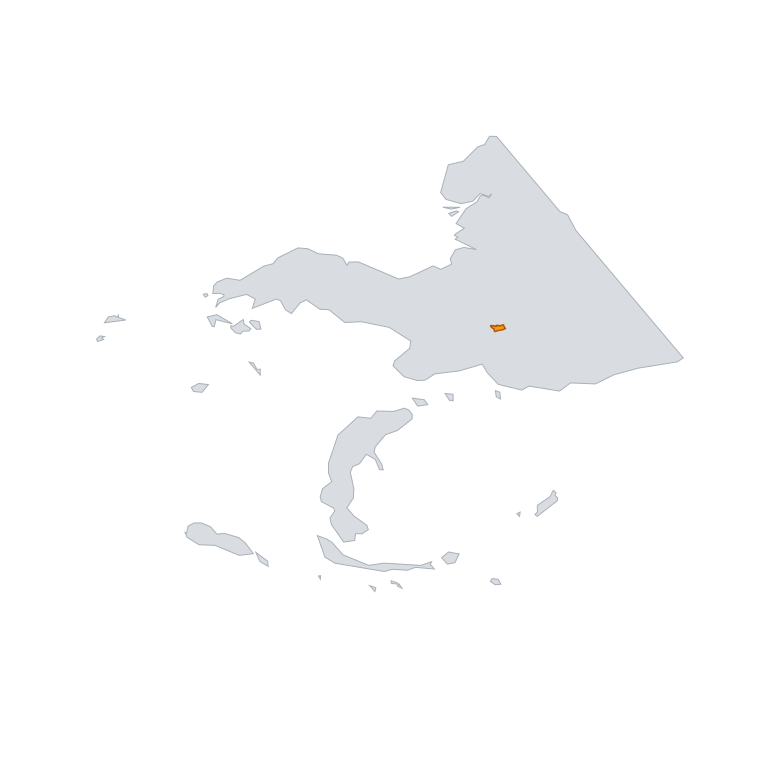 North Waghi District, Western Highlands, Papua New Guinea shown in context, rotated 140°
{"feature_id": "67681753B53127057906438", "entity_name": "North Waghi District", "entity_type": "district", "adm_level": 2, "iso_a3": "PNG", "parent_name": "Papua New Guinea", "parent_adm1": "Western Highlands", "projection": "equal_earth", "projection_center": [144.746, -5.814], "detail": "fine", "context": "in_parent", "style": "filled", "palette": "amber", "viewbox_px": 768, "rotation_deg": 140, "n_neighbors": 0, "source": "geoboundaries", "source_scale": "gbopen_adm2", "svg_char_len": 4770}
<svg xmlns="http://www.w3.org/2000/svg" viewBox="0 0 768 768"><g transform="rotate(140 384 384)"><path d="M138.7,501.3L138.4,403.0L134.6,395.7L138.3,378.1L138.0,211.6L145.0,212.4L179.0,232.7L202.0,243.3L222.0,248.2L240.4,264.9L254.1,265.8L274.3,289.2L282.4,290.8L296.7,310.3L297.6,326.1L296.0,336.1L317.8,345.6L338.6,359.1L349.9,360.5L356.2,365.2L363.9,376.7L365.4,392.2L360.9,394.9L341.3,394.8L335.9,399.8L343.6,424.0L361.2,446.2L374.5,456.3L378.4,476.3L385.1,482.5L389.4,498.4L396.2,500.0L409.6,497.5L411.8,504.1L409.7,514.1L411.7,518.2L436.3,526.6L428.0,531.8L431.7,541.0L447.8,548.8L457.7,551.8L463.7,550.9L456.7,555.4L450.4,554.0L449.2,555.4L451.8,559.3L457.0,563.3L451.5,568.6L446.2,569.4L436.2,566.0L427.7,556.0L400.8,551.7L391.5,547.4L384.2,548.9L362.4,543.5L355.3,536.5L350.6,526.0L337.7,513.3L334.7,507.0L336.0,498.7L332.5,500.0L325.1,493.9L305.4,455.1L295.4,449.6L270.5,442.9L266.8,435.3L255.2,432.4L252.6,437.4L243.0,440.9L235.0,437.2L226.9,427.7L236.4,449.2L233.1,449.1L234.6,452.5L232.8,453.0L222.4,451.7L225.6,460.6L208.5,465.5L195.7,463.8L189.7,466.0L187.1,465.7L183.8,459.1L179.2,460.4L183.1,460.5L188.0,468.1L198.7,467.0L209.1,472.7L217.8,485.5L217.5,494.3L193.8,510.6L180.0,503.6L160.0,505.4L152.9,502.8L143.9,505.9L138.7,501.3ZM497.1,283.3L502.0,287.7L507.0,283.0L516.5,288.8L514.6,310.2L511.5,316.1L503.4,318.3L502.4,321.5L507.6,334.1L505.4,338.6L498.4,343.3L486.8,342.8L483.7,351.5L477.3,359.1L452.2,374.4L425.1,375.6L416.2,366.2L406.8,367.9L394.3,356.8L383.8,352.3L381.7,348.0L382.0,342.4L384.9,339.2L403.6,339.8L415.5,344.2L431.1,341.5L435.5,338.1L437.2,324.4L439.8,318.7L442.4,321.3L439.1,332.0L442.8,341.5L453.9,338.7L461.0,340.9L466.5,338.1L474.4,323.2L480.7,316.4L492.1,313.0L491.9,302.0L488.0,286.9L489.6,282.5L497.1,283.3ZM633.4,393.3L631.9,398.2L631.2,396.6L625.4,401.1L618.9,399.7L613.1,394.8L608.7,386.2L608.5,376.4L602.2,372.1L594.0,359.7L592.4,351.5L593.1,338.0L605.1,345.8L617.3,369.2L629.0,379.7L633.4,393.3ZM540.5,289.3L532.5,310.7L527.5,301.9L525.6,295.8L525.2,279.5L512.4,255.0L499.2,246.8L472.3,221.3L461.7,217.3L464.4,216.2L464.4,209.9L477.6,223.2L485.9,226.4L496.8,236.7L504.3,240.2L536.8,278.3L540.5,289.3ZM326.2,183.2L351.7,184.1L352.2,187.0L348.8,187.3L344.5,192.5L329.3,191.0L322.6,193.7L322.1,190.0L324.6,188.9L324.2,185.1L326.2,183.2ZM453.4,511.4L458.0,515.1L461.9,514.6L464.9,518.8L465.3,525.7L463.7,527.2L462.6,525.1L450.3,523.8L452.7,519.8L450.4,512.0L453.4,511.4ZM451.5,213.9L442.5,213.8L435.7,205.5L444.5,201.5L451.2,205.3L451.5,213.9ZM471.4,541.3L477.2,537.0L478.5,538.5L476.3,549.0L467.4,544.5L461.4,527.5L471.4,541.3ZM518.9,496.5L528.7,494.6L533.3,499.2L534.7,500.9L533.8,505.3L525.6,503.5L518.9,496.5ZM540.7,599.0L558.8,610.6L552.0,612.5L546.3,609.4L545.6,606.5L543.3,607.5L544.5,605.5L540.7,599.0ZM371.4,355.0L363.3,346.1L363.8,340.1L372.4,345.4L371.4,355.0ZM447.3,518.0L444.9,518.3L439.6,512.1L442.9,505.2L446.6,507.8L447.3,518.0ZM590.4,337.4L587.0,323.1L590.0,318.8L593.1,327.9L590.4,337.4ZM343.3,337.4L337.7,331.8L341.8,326.7L344.3,329.4L343.3,337.4ZM429.3,164.4L426.2,165.4L422.0,160.8L423.2,155.5L428.0,158.9L429.3,164.4ZM306.2,302.1L302.9,307.3L300.6,303.3L304.3,297.6L306.2,302.1ZM473.1,470.3L473.2,487.4L470.6,484.0L471.9,476.9L469.3,474.9L473.1,470.3ZM220.0,474.7L225.4,481.7L212.2,470.5L220.0,474.7ZM224.7,473.1L217.5,470.2L216.0,468.0L224.5,469.0L224.7,473.1ZM576.0,600.6L575.5,603.1L570.8,603.5L567.6,600.0L570.7,600.8L570.2,598.4L576.0,600.6ZM524.4,230.9L524.6,238.8L521.2,233.2L524.4,230.9ZM506.5,226.6L505.1,228.7L501.7,223.2L502.4,222.1L506.5,226.6ZM465.2,565.4L464.7,568.9L461.5,567.1L462.0,564.9L465.2,565.4ZM503.6,220.5L501.0,221.4L501.5,216.0L503.6,220.5ZM365.3,195.4L365.6,199.3L362.0,198.4L365.3,195.4ZM558.2,275.4L557.7,279.1L555.8,277.9L558.2,275.4Z" fill="#d9dde1" stroke="#a8b0b8" stroke-width="1"/><path d="M265.2,360.4L265.1,360.1L265.1,359.9L265.1,359.7L265.1,359.4L265.1,359.2L265.1,358.7L265.2,358.4L265.2,358.1L265.2,357.9L265.1,357.7L265.0,357.4L264.9,357.3L264.9,357.2L264.8,356.9L264.7,356.7L264.4,355.8L264.3,355.7L264.4,355.4L264.5,355.3L264.6,355.2L264.8,354.9L264.9,354.6L265.0,354.6L265.0,354.4L265.2,354.1L265.2,353.9L265.2,353.7L265.2,353.4L265.2,353.2L265.3,352.9L263.8,352.2L261.8,351.4L258.1,349.2L255.4,348.5L254.9,351.9L254.5,352.3L254.7,352.5L254.8,352.6L254.8,352.8L255.4,353.3L255.7,353.3L256.4,353.3L256.8,353.4L257.0,353.4L257.1,353.5L257.6,354.0L258.1,354.1L258.3,354.5L258.3,354.8L258.5,354.9L258.8,355.1L258.8,355.3L259.3,355.9L259.6,356.3L260.3,356.6L260.4,356.0L261.0,356.1L261.3,356.2L261.7,356.8L262.0,357.0L262.0,357.4L262.6,358.1L262.7,358.4L262.8,358.5L263.1,358.6L263.4,358.8L263.5,359.1L263.9,359.2L264.3,359.6L264.4,359.8L264.6,359.9L264.8,360.0L264.7,360.1L265.1,360.3L265.2,360.4Z" fill="#f59e0b" stroke="#b45309" stroke-width="1.5"/></g></svg>